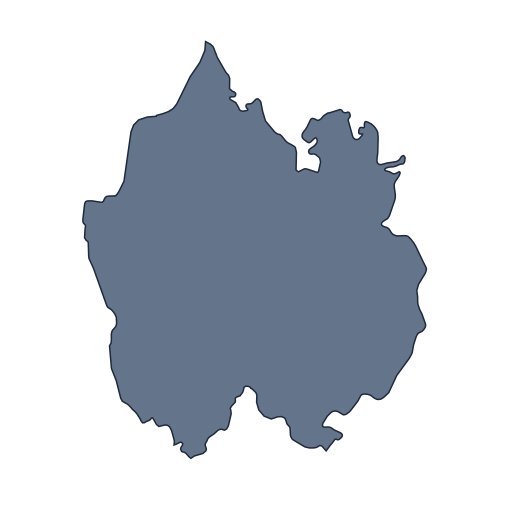 an SVG outline of Chuvash, rotated 276°
{"feature_id": "RUS-2389", "entity_name": "Chuvash", "entity_type": "Republic", "adm_level": 1, "iso_a3": "RUS", "parent_name": "Russia", "parent_adm1": "", "projection": "equal_earth", "projection_center": [47.182, 55.483], "detail": "fine", "context": "isolated", "style": "filled", "palette": "slate", "viewbox_px": 512, "rotation_deg": 276, "n_neighbors": 0, "source": "natural_earth", "source_scale": "10m", "svg_char_len": 6032}
<svg xmlns="http://www.w3.org/2000/svg" viewBox="0 0 512 512"><g transform="rotate(276 256 256)"><path d="M464.0,183.4L461.9,188.6L459.9,191.2L459.3,191.7L449.2,196.9L435.7,206.7L434.1,208.3L433.0,209.7L429.7,211.3L419.6,212.2L417.2,215.6L417.0,216.8L416.2,218.2L415.3,218.9L413.2,218.8L412.3,218.0L411.9,216.8L411.6,214.4L411.1,213.5L410.2,213.3L409.0,214.1L406.4,219.9L402.1,223.0L399.7,224.3L398.9,225.7L398.6,227.6L399.7,231.7L400.5,232.5L401.3,232.4L402.0,231.4L402.9,230.7L404.1,230.3L405.3,230.5L406.1,231.2L406.4,232.3L406.8,234.6L407.3,235.6L408.0,236.5L411.8,239.5L412.4,240.5L412.4,241.8L410.9,243.7L409.6,244.7L400.2,247.6L391.3,251.3L381.4,261.5L380.2,263.4L379.5,265.0L379.4,266.3L379.1,267.5L378.0,269.0L373.6,273.4L372.2,275.3L371.4,276.9L370.5,279.4L369.4,281.8L368.8,282.9L368.0,283.8L363.2,285.4L346.0,286.8L344.9,287.8L344.6,288.7L344.2,289.5L347.4,294.4L347.8,295.2L347.9,296.8L347.6,298.8L346.6,303.4L346.0,305.8L345.5,308.6L347.2,309.4L356.2,310.4L360.0,309.1L360.9,308.1L362.2,306.2L363.2,304.5L363.4,303.7L363.5,302.6L363.1,300.4L363.1,299.4L363.4,298.5L364.3,297.8L365.5,297.4L366.9,297.6L368.4,298.8L369.4,299.8L370.9,301.7L371.7,302.6L373.7,304.0L374.8,304.6L376.2,304.9L378.0,304.6L379.1,304.0L379.8,303.2L379.6,302.5L378.9,301.7L375.3,298.6L374.6,297.7L374.2,296.8L374.4,295.7L376.8,291.5L377.6,290.6L378.5,289.8L379.8,289.3L381.3,289.2L383.0,289.6L384.7,290.4L386.7,291.8L389.7,293.3L397.1,295.9L398.0,296.5L398.7,297.5L398.6,299.1L398.3,300.4L397.3,302.9L397.7,304.4L399.0,306.2L402.4,308.5L405.6,312.3L406.2,314.4L409.7,322.6L410.3,323.6L410.4,324.6L410.0,325.9L408.3,327.4L407.8,329.0L407.8,330.2L408.7,332.3L408.5,333.4L407.7,334.3L405.3,335.1L404.0,334.8L401.9,333.6L400.8,333.4L384.6,339.8L383.5,340.8L382.4,342.3L382.4,344.4L382.9,345.6L383.8,346.6L386.9,348.8L387.8,349.2L388.5,349.2L388.5,348.2L388.2,347.2L388.3,346.1L389.1,345.3L391.0,345.1L392.7,345.3L394.2,345.8L394.8,346.7L394.9,347.9L394.7,349.4L395.3,350.2L396.0,350.3L398.0,350.0L399.3,350.0L400.4,350.2L401.1,350.9L401.2,351.6L400.6,353.8L399.5,356.6L397.8,359.2L395.7,361.4L393.9,362.8L391.7,364.1L386.5,365.1L371.0,366.3L366.4,366.2L363.2,366.3L362.0,366.7L360.7,367.5L360.0,368.9L359.9,370.1L360.1,371.3L362.2,376.6L364.2,384.5L364.6,385.6L365.1,386.6L365.8,387.5L366.6,388.4L370.1,390.3L370.9,391.2L371.3,392.2L370.7,393.2L369.2,394.0L365.7,394.0L364.0,393.5L362.9,392.5L362.4,390.2L362.0,389.1L360.3,386.2L359.8,385.2L359.0,383.0L358.4,379.5L357.6,377.3L357.1,376.3L356.5,375.4L355.6,375.0L354.7,375.4L354.2,376.8L353.8,379.6L353.4,380.8L352.4,383.0L352.2,384.1L352.2,385.2L353.2,387.3L354.5,389.1L354.7,389.9L354.1,390.6L352.3,390.4L350.8,390.0L344.7,386.8L343.3,386.3L341.7,386.0L339.5,386.2L331.8,388.1L329.1,388.4L326.8,388.3L310.1,384.5L307.7,383.4L306.7,382.6L303.9,379.0L303.0,378.2L302.0,377.5L300.9,377.4L299.6,378.0L298.6,380.2L298.0,383.2L297.4,384.6L296.4,385.8L293.0,388.4L291.9,389.8L291.1,391.9L290.8,393.5L290.8,395.0L291.7,401.0L291.8,403.5L291.5,404.8L290.5,406.4L288.9,408.3L285.4,411.6L282.3,413.9L268.9,422.1L262.5,426.2L261.3,426.8L259.2,426.8L256.3,426.0L245.1,420.7L238.7,419.5L232.3,421.0L227.2,421.6L224.6,422.2L219.8,424.4L215.5,427.2L206.0,431.7L204.6,432.0L202.9,431.8L201.1,431.0L198.7,429.3L197.7,427.9L196.4,425.6L194.8,424.6L192.4,423.7L184.1,422.0L176.0,421.4L173.5,420.5L170.4,419.2L152.0,408.5L134.0,402.3L129.0,398.0L127.0,395.6L126.5,394.4L126.1,392.8L126.1,391.6L126.2,390.7L126.6,389.7L127.0,388.6L129.0,385.4L129.6,383.9L130.1,381.9L130.1,378.4L129.7,376.6L128.8,375.3L127.7,374.6L122.4,372.5L112.1,366.2L110.5,364.9L108.2,362.4L107.4,360.7L107.2,359.4L109.8,353.8L110.0,352.4L110.1,350.5L109.4,348.5L108.0,346.8L104.1,343.6L97.0,340.2L95.3,339.8L93.8,340.0L93.2,340.8L92.9,341.9L93.5,345.5L93.5,346.7L93.3,347.8L92.9,348.9L91.1,352.2L89.0,358.5L88.3,359.7L87.0,360.6L85.8,360.6L84.7,360.1L82.9,358.5L82.2,357.7L81.8,356.8L81.8,355.9L82.3,354.7L81.9,353.7L77.1,350.8L76.0,349.9L69.5,346.1L73.9,341.4L74.1,340.2L74.1,338.9L72.6,337.2L71.8,335.7L71.2,333.6L70.7,329.4L71.0,326.5L71.3,324.5L76.9,312.4L78.0,310.8L80.1,309.5L81.4,309.0L88.6,307.8L89.2,307.5L90.0,306.8L91.5,305.1L92.4,304.3L96.3,302.6L97.7,301.5L98.5,299.8L98.9,298.1L98.8,296.8L98.2,294.1L95.5,288.2L97.6,280.8L103.2,274.9L110.5,271.9L117.5,271.4L119.7,270.5L120.9,269.3L123.7,265.5L123.8,264.7L125.2,263.6L125.6,261.2L125.2,258.8L123.9,257.8L121.1,257.5L118.9,256.9L115.3,254.8L113.7,251.5L112.9,250.6L111.9,250.3L109.5,250.7L108.5,250.6L104.2,247.4L101.8,246.3L99.8,247.1L96.5,247.8L84.4,246.3L80.9,244.9L79.5,242.9L79.7,241.6L80.2,240.2L79.7,237.9L78.5,236.2L75.0,233.1L70.9,228.4L69.3,227.2L66.6,226.4L64.4,225.3L63.3,225.1L61.8,225.5L60.3,226.3L58.8,226.8L57.1,226.6L54.1,223.9L50.6,215.4L48.0,212.5L49.0,210.7L52.6,206.8L53.4,204.8L53.5,203.5L53.9,202.4L56.1,201.2L57.8,201.4L59.8,202.5L61.6,202.8L63.0,201.2L62.7,199.8L60.3,196.0L59.5,194.2L61.9,194.3L64.3,193.9L73.2,190.4L75.3,189.2L77.2,187.8L78.5,185.4L78.3,182.7L76.3,177.2L77.5,175.6L77.8,174.8L83.0,171.1L84.0,170.2L84.2,169.7L83.8,169.0L82.0,167.7L81.3,166.9L79.8,164.0L78.6,162.6L78.2,160.6L79.8,159.1L82.3,157.5L86.9,153.8L88.7,151.8L90.7,149.0L93.0,146.6L94.3,145.0L95.4,143.4L95.8,142.2L97.6,138.2L100.5,136.3L117.5,130.0L129.1,124.0L151.3,119.7L154.4,121.0L158.2,120.9L162.8,120.3L164.6,120.4L166.2,120.7L167.4,121.2L169.3,122.7L170.4,123.4L171.6,124.0L173.1,124.3L174.6,124.4L180.3,123.5L181.9,122.7L183.7,121.6L186.3,119.2L187.6,117.6L189.5,113.9L191.4,112.6L226.7,95.7L235.8,90.3L237.8,89.7L251.5,87.8L252.9,87.2L253.7,85.6L256.2,83.6L264.6,83.2L267.8,83.3L268.9,83.0L269.7,82.2L270.4,81.2L271.4,80.5L272.8,80.2L274.5,80.0L289.3,80.1L291.1,80.4L292.4,81.0L293.1,82.5L293.5,85.1L293.7,87.5L293.2,96.5L293.6,97.7L294.7,98.6L297.0,99.3L298.7,100.1L299.7,101.5L300.1,102.8L301.1,109.9L302.7,111.3L305.6,112.8L316.5,116.9L366.4,118.7L373.4,120.6L379.1,125.1L382.9,133.5L384.5,142.1L385.4,142.3L387.8,148.5L390.5,153.9L394.1,158.3L399.1,161.4L427.5,171.8L442.8,180.0L455.2,183.7L464.0,183.4Z" fill="#64748b" stroke="#1e293b" stroke-width="1.5"/></g></svg>